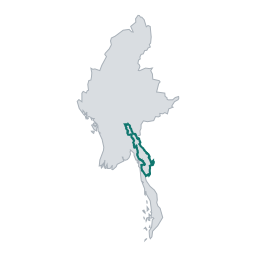 location of Kayin within Myanmar
{"feature_id": "MMR-3266", "entity_name": "Kayin", "entity_type": "State", "adm_level": 1, "iso_a3": "MMR", "parent_name": "Myanmar", "parent_adm1": "", "projection": "albers", "projection_center": [97.58, 17.357], "detail": "fine", "context": "in_parent", "style": "outline", "palette": "teal", "viewbox_px": 256, "rotation_deg": 0, "n_neighbors": 0, "source": "natural_earth", "source_scale": "10m", "svg_char_len": 8751}
<svg xmlns="http://www.w3.org/2000/svg" viewBox="0 0 256 256"><path d="M167.4,113.9L164.8,112.6L162.8,113.8L159.8,113.4L160.2,116.0L158.5,116.9L155.5,116.6L153.7,120.6L147.5,121.7L143.4,120.9L141.1,124.5L141.0,128.5L139.9,130.9L140.3,135.0L137.7,136.1L136.1,135.9L136.9,137.8L139.0,138.7L140.3,143.0L139.9,144.7L148.4,154.6L151.0,162.4L153.1,161.4L153.7,162.2L152.9,164.3L150.2,165.9L149.9,174.1L145.6,176.2L145.7,178.9L146.3,180.9L150.1,186.4L154.4,190.1L156.8,194.1L157.3,200.0L156.7,202.5L157.9,206.0L160.1,208.3L162.7,217.5L157.7,225.8L152.6,231.2L151.9,236.8L150.3,238.7L149.5,236.9L149.1,231.0L151.6,227.2L152.3,219.9L153.9,218.4L153.1,217.6L151.0,218.1L151.7,212.3L150.6,212.0L151.5,210.8L150.2,200.9L146.3,194.0L145.8,191.0L145.2,195.0L144.7,194.3L144.6,188.8L142.3,182.9L142.5,182.3L143.6,182.9L142.6,181.5L141.8,181.8L141.2,180.4L139.9,168.0L138.5,166.3L139.1,160.9L140.1,159.6L136.0,160.1L134.1,155.6L134.0,153.2L130.0,149.5L130.7,150.6L130.0,151.9L130.6,154.0L129.0,157.8L127.3,159.6L125.0,160.3L123.3,159.2L122.9,157.1L122.3,157.1L123.8,161.0L117.2,164.3L116.2,166.7L112.8,169.7L111.8,169.3L112.4,165.2L110.3,168.4L107.6,168.5L107.1,164.1L105.9,166.6L104.3,167.4L104.9,160.0L104.5,162.2L101.8,165.1L99.2,166.0L99.9,159.9L103.5,150.3L103.8,147.2L102.1,139.4L99.2,132.9L100.1,132.9L98.1,131.0L97.9,126.2L96.7,127.9L96.5,130.9L93.9,129.3L91.6,125.1L92.6,124.7L95.3,126.7L96.9,125.7L97.4,124.3L93.0,120.1L94.2,118.5L92.7,118.5L89.0,116.5L87.9,116.8L88.3,118.6L87.5,119.0L86.1,116.4L87.2,115.1L86.3,115.0L87.0,112.7L86.6,112.4L84.8,115.4L83.8,114.7L85.0,113.1L84.5,112.2L83.0,110.4L83.0,113.6L79.2,108.4L77.2,101.4L78.9,99.6L81.9,101.8L81.9,93.2L83.2,91.4L86.3,93.0L87.2,90.8L88.5,90.3L87.8,84.4L88.8,80.6L90.9,80.0L91.5,76.9L91.8,72.8L90.9,68.2L92.8,69.3L94.9,68.9L99.8,70.6L101.8,65.3L106.5,56.6L104.8,54.5L105.2,53.3L109.3,48.8L111.4,44.7L110.5,41.0L111.4,38.0L115.1,36.2L123.2,30.2L129.1,29.4L131.5,31.8L133.2,32.0L130.7,26.4L135.8,22.2L135.6,18.8L138.0,15.4L139.3,15.5L140.5,17.2L141.8,17.2L144.1,19.7L146.3,26.8L148.0,25.5L150.2,26.5L151.2,37.0L150.6,43.1L149.3,44.5L150.3,47.0L148.2,47.9L146.8,50.3L144.7,50.5L143.2,53.9L141.1,54.4L139.9,57.0L140.2,59.0L138.5,60.1L137.9,63.5L139.4,64.9L139.9,66.7L138.3,70.5L139.6,70.7L145.5,68.1L149.6,68.6L152.4,68.0L150.7,70.6L152.4,74.0L152.8,79.2L159.1,80.6L160.1,81.9L158.7,83.6L156.6,92.0L164.8,93.1L165.1,96.4L166.9,97.6L167.2,99.4L168.3,99.9L172.7,99.8L175.3,97.5L178.6,96.5L178.8,98.3L178.1,99.7L174.5,101.7L172.0,105.6L171.9,106.5L173.0,107.2L168.8,108.8L167.4,113.9ZM94.2,122.8L96.8,124.4L96.3,125.6L94.6,125.7L93.3,123.6L94.2,122.8ZM147.1,206.8L148.9,209.3L147.2,210.9L147.1,206.8ZM93.7,133.4L92.3,132.5L91.4,131.2L94.3,131.2L93.7,133.4ZM149.7,217.3L149.8,220.6L148.6,220.2L147.9,217.5L149.7,217.3ZM103.2,166.0L101.4,168.0L101.1,166.3L103.7,163.7L103.2,166.0ZM138.4,163.4L137.3,162.8L137.1,160.9L138.0,160.4L138.7,161.3L138.4,163.4ZM146.1,221.3L145.9,220.2L147.0,217.6L146.8,219.9L146.1,221.3ZM145.5,227.3L147.0,229.8L146.7,230.2L145.3,228.3L144.4,228.5L145.5,227.3ZM150.7,215.5L149.1,216.2L149.0,214.0L150.7,215.5ZM147.0,238.5L144.9,240.6L145.2,239.5L147.0,238.5ZM85.7,116.7L86.3,119.4L85.2,116.2L85.7,116.7ZM147.1,201.7L147.1,203.7L146.6,200.4L147.1,201.7ZM91.7,118.7L91.9,120.4L90.8,118.0L91.7,118.7ZM145.1,213.2L143.9,212.2L144.3,211.5L144.9,211.6L145.1,213.2ZM144.2,210.3L143.5,211.6L142.7,210.8L143.3,210.2L144.2,210.3ZM144.4,218.2L144.4,219.4L143.6,216.7L144.4,218.2ZM106.0,168.5L105.2,168.4L106.3,167.1L106.4,167.6L106.0,168.5ZM150.0,227.5L149.2,227.3L149.8,226.0L150.0,227.5Z" fill="#d9dde1" stroke="#a8b0b8" stroke-width="1"/><path d="M136.0,135.5L135.8,135.5L136.1,135.9L136.2,136.1L136.3,136.3L136.6,136.8L136.8,137.3L136.9,137.8L137.0,138.1L137.1,138.4L137.3,138.6L137.8,139.0L137.9,138.9L138.0,138.8L138.2,138.2L138.4,138.1L139.1,138.5L139.2,138.9L139.1,139.1L138.9,139.1L138.9,139.3L139.0,139.5L139.6,140.4L139.7,140.7L139.8,141.0L139.7,141.3L139.8,141.4L140.0,141.5L140.3,142.2L140.4,142.3L140.4,142.6L140.0,142.9L139.6,143.6L139.8,144.2L139.5,144.3L139.9,144.7L140.0,145.0L140.3,145.2L140.4,145.4L140.4,145.8L140.5,145.9L140.6,146.1L142.5,147.9L143.1,148.2L143.2,148.3L143.2,148.5L143.5,148.9L143.7,149.4L143.9,149.6L144.3,149.8L144.4,150.0L144.3,150.4L144.4,150.5L145.5,151.6L145.9,151.9L146.3,152.5L146.5,152.7L146.4,152.8L146.4,153.0L146.7,153.0L146.6,153.3L146.8,153.5L147.1,153.8L147.7,153.8L147.9,153.8L148.2,154.0L148.4,154.2L148.7,154.8L148.8,154.9L148.9,155.1L148.9,155.3L148.9,155.5L149.2,155.6L149.4,156.1L149.1,156.0L149.1,156.4L149.3,156.5L149.2,156.9L149.0,157.0L148.8,157.0L148.7,157.2L148.6,157.5L149.0,158.0L149.1,158.4L149.3,158.7L149.7,158.9L149.9,159.2L149.9,159.4L149.9,159.8L150.7,160.8L150.8,161.1L150.6,161.4L150.7,161.6L150.8,161.9L151.0,162.8L151.1,163.0L151.3,163.1L151.5,163.0L151.8,162.5L152.5,161.9L152.7,161.6L152.8,161.1L152.9,160.9L153.1,160.7L153.1,161.1L153.4,161.3L153.6,161.5L153.8,161.8L153.9,162.0L153.7,162.6L153.7,163.1L153.6,163.3L153.2,163.9L153.1,164.2L153.1,164.7L153.0,164.8L152.7,165.1L152.3,165.1L152.2,165.0L151.5,164.9L151.3,164.9L151.0,165.0L150.8,165.5L150.7,165.7L150.6,165.8L150.2,165.9L149.8,165.8L149.7,165.9L149.8,166.1L150.1,166.5L150.0,167.4L150.0,167.7L150.1,168.2L150.0,168.5L149.7,169.7L149.7,170.0L149.7,170.6L149.7,171.3L150.0,173.1L150.0,173.7L149.9,174.3L149.6,174.7L149.6,174.4L149.4,174.2L148.9,174.0L148.5,174.2L148.1,174.3L148.0,174.6L147.8,174.9L147.8,175.0L148.0,175.2L148.0,175.5L147.9,175.5L147.7,175.4L147.3,175.2L147.1,175.1L146.8,175.1L146.7,175.1L146.3,175.7L146.1,175.9L145.9,176.0L145.8,175.6L145.6,175.0L145.2,174.7L144.8,174.3L144.5,173.6L144.2,173.4L143.8,172.5L143.5,172.2L143.3,171.8L142.8,171.3L142.8,171.0L142.7,170.9L142.2,170.5L141.9,170.5L141.8,170.3L141.8,170.2L142.0,169.8L142.0,169.7L141.9,169.5L141.9,169.2L141.7,168.8L141.5,168.3L141.4,167.7L141.5,167.3L141.4,166.9L141.5,166.7L141.6,166.4L141.7,166.2L141.6,165.8L141.5,165.4L141.2,165.0L141.3,164.9L141.8,164.8L142.4,164.8L142.9,164.7L143.4,164.6L143.5,164.7L143.7,164.8L144.2,165.0L144.3,165.0L144.4,164.8L144.9,164.5L144.9,164.4L144.9,164.1L144.5,163.8L144.4,163.6L144.3,163.3L144.2,163.0L144.0,162.9L143.8,162.6L143.5,162.5L143.4,162.4L143.3,161.8L143.2,161.3L142.9,161.4L142.6,161.4L142.4,161.3L142.3,161.2L142.2,160.9L142.0,160.7L141.8,160.7L141.7,160.6L141.6,160.3L141.6,160.0L141.0,160.2L140.8,160.2L140.3,159.7L140.2,159.5L139.9,159.5L139.8,159.3L139.8,159.2L139.5,159.2L139.4,159.2L139.1,158.9L139.1,158.7L138.8,158.5L138.6,158.2L138.2,157.7L138.1,157.2L138.1,156.9L137.9,156.6L137.9,156.3L137.7,156.1L137.4,155.7L137.5,155.6L137.5,155.3L137.5,155.0L137.2,154.6L137.1,154.2L137.3,154.0L137.4,153.9L137.3,153.6L137.5,153.3L137.6,153.1L137.9,152.8L137.6,152.1L137.7,151.9L137.8,151.8L137.5,151.1L137.7,150.8L137.7,150.7L137.6,150.4L137.5,150.2L137.3,149.9L137.2,149.7L137.1,149.3L137.0,149.0L136.9,148.7L137.0,148.0L137.0,147.9L136.9,147.8L136.7,147.6L136.2,146.7L136.2,146.3L136.3,146.2L136.5,146.0L136.6,145.9L136.5,145.7L136.4,145.8L136.2,145.8L136.1,146.1L135.9,146.3L135.7,146.6L135.6,146.9L135.5,147.2L135.4,147.2L135.1,147.0L134.8,147.3L134.6,147.4L134.6,147.7L134.4,147.7L134.2,147.5L134.2,146.8L133.9,145.8L133.8,145.4L134.0,145.0L134.0,144.8L134.1,144.4L133.8,144.2L133.8,143.8L133.3,142.7L133.2,142.6L133.3,142.4L133.5,142.1L133.6,141.8L133.7,141.7L133.9,141.4L133.9,141.0L134.1,140.5L134.1,140.3L133.5,139.9L133.4,139.7L133.4,139.0L133.2,138.5L133.1,138.4L132.9,138.4L132.8,138.7L132.7,138.7L132.5,138.2L132.4,138.1L132.2,137.8L131.8,137.7L131.6,137.4L131.5,137.1L131.4,136.8L131.5,136.5L131.5,136.3L131.6,135.9L131.6,135.6L131.6,135.3L131.5,135.0L131.5,134.8L131.3,134.7L131.2,134.4L130.9,134.3L130.4,134.5L129.7,134.9L129.1,134.8L128.8,134.6L128.6,134.6L128.3,134.8L128.2,134.8L128.1,134.5L127.9,134.2L127.6,133.6L127.3,133.1L127.3,132.9L127.7,132.5L127.6,132.4L127.4,131.9L127.4,131.6L127.5,131.5L128.1,131.1L128.1,130.9L127.8,130.4L127.4,130.1L127.1,129.8L126.6,129.4L126.3,128.9L126.2,128.5L126.1,128.3L126.5,127.9L126.4,127.8L126.3,127.7L126.2,127.6L126.0,127.0L125.9,126.8L125.8,126.5L125.6,126.3L125.7,125.8L125.6,125.7L125.3,125.4L125.2,125.1L125.2,124.8L125.2,124.7L124.9,124.3L126.1,124.2L126.3,124.2L126.6,124.3L127.0,124.4L127.0,124.5L127.1,124.8L127.6,124.5L127.8,124.3L127.9,124.2L128.0,124.0L128.3,124.4L128.4,124.6L128.6,124.7L128.9,124.8L129.7,125.4L130.0,126.0L129.9,126.1L129.9,126.9L129.9,127.0L130.1,127.6L130.2,127.9L130.2,128.0L130.5,128.1L131.0,128.6L131.1,129.0L131.3,129.2L131.3,129.4L131.3,129.7L131.4,129.9L131.4,130.2L131.5,130.6L131.9,131.1L131.9,131.5L132.1,131.7L132.4,132.1L132.4,132.4L133.1,133.7L133.2,133.8L133.4,133.8L133.8,133.9L134.2,133.9L135.2,133.9L135.4,134.0L135.5,134.1L135.6,134.4L135.8,134.6L136.0,135.5Z" fill="none" stroke="#0f766e" stroke-width="2"/></svg>